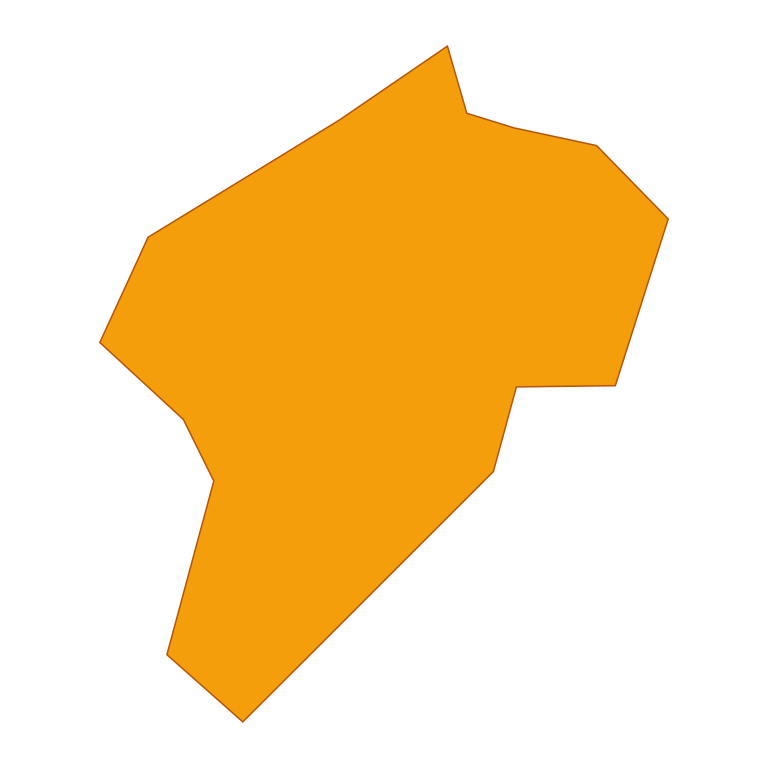 Okapa District, Eastern Highlands, Papua New Guinea (Equal Earth projection)
{"feature_id": "67681753B79464726769716", "entity_name": "Okapa District", "entity_type": "district", "adm_level": 2, "iso_a3": "PNG", "parent_name": "Papua New Guinea", "parent_adm1": "Eastern Highlands", "projection": "equal_earth", "projection_center": [145.505, -6.653], "detail": "fine", "context": "isolated", "style": "filled", "palette": "amber", "viewbox_px": 768, "rotation_deg": 0, "n_neighbors": 0, "source": "geoboundaries", "source_scale": "gbopen_adm2", "svg_char_len": 358}
<svg xmlns="http://www.w3.org/2000/svg" viewBox="0 0 768 768"><path d="M339.7,119.8L276.9,158.4L148.1,237.2L126.7,284.0L99.8,342.5L183.4,419.5L213.8,481.0L166.9,654.7L242.8,721.9L279.7,685.1L493.4,471.5L516.4,386.9L615.3,385.7L668.2,219.0L596.6,145.6L514.0,127.9L466.8,113.3L447.4,46.1L339.7,119.8Z" fill="#f59e0b" stroke="#b45309" stroke-width="1.5"/></svg>